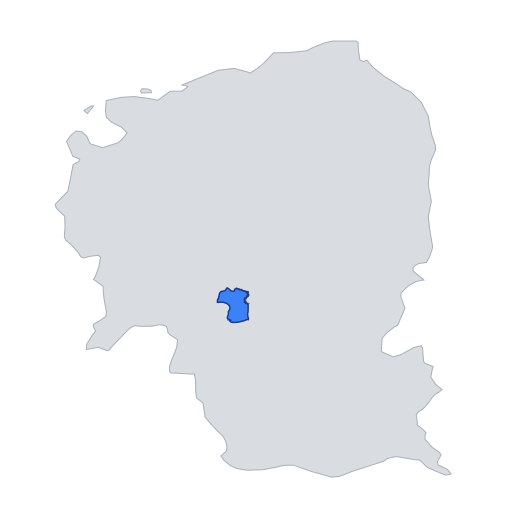 location of Stueng Trang, Kâmpóng Cham, Cambodia, rotated 92°
{"feature_id": "14789045B55361225706218", "entity_name": "Stueng Trang", "entity_type": "district", "adm_level": 2, "iso_a3": "KHM", "parent_name": "Cambodia", "parent_adm1": "Kâmpóng Cham", "projection": "robinson", "projection_center": [105.52, 12.333], "detail": "fine", "context": "in_parent", "style": "filled", "palette": "blue", "viewbox_px": 512, "rotation_deg": 92, "n_neighbors": 0, "source": "geoboundaries", "source_scale": "gbopen_adm2", "svg_char_len": 6974}
<svg xmlns="http://www.w3.org/2000/svg" viewBox="0 0 512 512"><g transform="rotate(92 256 256)"><path d="M467.0,53.5L468.3,58.7L464.9,68.5L461.2,77.5L454.3,85.2L453.9,91.0L451.6,108.1L452.5,113.5L454.1,118.2L456.4,120.7L462.5,137.4L468.0,152.6L473.4,165.1L474.3,173.0L469.4,193.1L463.7,211.5L464.2,220.6L466.7,229.8L469.4,242.1L470.4,257.7L469.0,267.9L466.4,274.3L461.4,280.8L457.0,284.1L451.8,278.6L447.6,278.3L442.0,280.0L437.6,282.5L428.7,292.1L418.8,301.3L405.0,303.7L399.7,310.6L394.0,311.5L383.1,311.9L376.0,313.5L376.3,317.0L375.8,333.3L375.9,337.1L374.8,338.2L369.9,338.7L361.6,336.2L350.3,332.1L342.3,331.5L338.2,338.6L335.7,341.4L332.7,341.8L329.5,343.1L328.4,346.2L328.1,350.2L329.7,357.0L330.3,367.8L329.9,375.2L332.8,379.9L350.0,395.5L355.1,399.5L355.7,401.8L352.7,410.3L355.4,422.3L350.0,422.1L341.0,416.9L336.7,413.8L331.5,416.3L329.7,415.8L326.1,409.9L321.5,403.9L316.8,403.5L306.7,405.9L296.5,407.5L292.6,407.5L291.0,408.6L285.0,417.6L282.5,416.0L272.2,412.6L262.7,411.3L260.8,413.6L261.9,420.9L264.0,428.1L262.8,431.1L257.6,434.8L250.8,441.6L246.6,446.9L243.6,448.2L233.2,447.9L222.8,448.6L218.7,453.6L214.8,457.4L211.4,458.5L197.8,446.2L170.9,441.9L167.9,436.5L165.3,435.5L162.8,442.5L148.0,449.3L141.8,445.2L137.3,440.2L138.0,434.2L142.3,429.3L149.6,425.7L153.1,413.3L147.5,397.4L142.6,392.8L137.4,389.1L132.0,395.0L127.3,405.2L122.6,410.4L115.8,411.5L105.9,411.1L102.1,396.0L100.9,383.1L102.3,368.3L103.8,359.5L94.3,347.4L93.8,335.9L89.2,330.0L87.8,333.0L88.0,336.3L86.7,333.9L71.7,300.2L69.3,284.5L71.9,272.5L73.4,268.4L69.1,262.1L63.0,254.9L52.3,245.5L51.6,230.5L49.2,212.9L46.0,207.0L41.1,196.1L38.5,187.1L37.7,163.4L39.0,161.5L46.6,160.8L56.4,159.1L58.0,155.2L56.3,152.1L62.5,146.7L71.5,134.9L78.5,122.6L83.5,114.8L86.5,107.1L96.6,96.2L110.5,88.6L119.9,86.9L129.7,84.3L139.1,80.6L143.6,80.3L155.3,84.7L161.6,85.9L168.2,85.8L175.1,86.3L181.1,85.8L195.4,82.7L210.6,85.2L224.1,83.2L240.9,79.7L249.1,81.9L256.6,85.5L257.7,92.7L259.4,96.0L261.9,98.6L265.2,98.6L269.5,93.5L273.1,88.3L274.2,87.4L274.4,89.9L276.2,95.5L279.4,101.1L282.6,104.8L288.0,109.7L291.5,109.9L303.0,105.3L320.2,112.0L322.2,115.4L327.8,122.2L333.8,127.1L347.2,127.4L352.0,115.4L349.7,108.0L342.0,95.2L339.9,87.7L342.4,86.3L355.3,84.9L357.4,83.4L360.3,75.1L363.8,76.0L371.0,77.1L378.5,71.4L383.0,65.5L385.5,68.2L388.2,72.4L391.1,74.8L396.6,78.4L402.6,83.4L406.3,88.4L409.3,90.3L417.0,88.9L419.1,89.1L423.5,83.1L426.7,79.9L429.3,80.8L433.2,80.7L441.2,73.1L445.8,66.0L448.3,64.1L455.5,67.6L458.4,66.9L462.5,57.3L467.0,53.5ZM97.1,376.1L95.6,377.0L94.2,376.9L92.8,375.6L92.9,370.1L94.0,366.8L96.4,366.2L97.1,376.1ZM119.5,429.5L116.5,433.2L111.7,425.6L111.7,423.5L119.5,429.5Z" fill="#d9dde1" stroke="#a8b0b8" stroke-width="1"/><path d="M294.0,290.9L294.5,291.0L295.3,291.3L297.1,291.5L298.3,291.9L299.2,291.9L299.4,291.9L299.8,292.1L300.1,292.2L300.1,292.4L300.4,292.6L300.7,292.7L301.1,292.8L301.3,292.9L301.7,293.0L302.0,292.8L302.8,292.9L303.1,293.0L303.3,293.1L303.6,293.0L303.7,292.2L303.7,291.7L303.5,290.6L303.3,289.3L303.3,288.8L303.4,288.3L303.4,287.5L303.5,286.7L303.9,285.3L304.0,284.9L304.0,284.7L304.3,283.9L304.7,283.1L305.3,282.3L306.1,281.4L306.8,280.9L307.6,280.4L309.5,280.3L310.4,280.5L311.5,281.0L312.1,281.4L312.6,281.7L312.8,281.6L315.4,281.6L316.8,282.1L317.3,282.3L318.7,282.5L318.7,282.4L319.6,282.1L319.9,281.7L320.2,281.6L320.7,281.6L320.7,281.0L320.5,280.6L320.4,280.5L320.4,280.3L320.5,280.2L320.7,279.9L320.9,280.1L321.0,279.8L321.4,279.8L321.4,279.7L321.5,279.6L321.5,279.4L321.7,279.2L321.8,279.3L321.9,279.1L322.0,279.1L321.9,279.1L322.0,279.2L322.0,279.3L322.1,279.2L322.1,279.3L322.2,279.2L322.3,279.3L322.4,279.1L322.6,278.9L322.8,278.9L322.9,278.7L323.2,277.0L323.2,276.3L323.1,274.6L323.0,273.4L322.6,270.8L322.0,268.7L321.0,265.3L320.7,264.6L320.3,264.0L320.1,263.5L319.7,262.2L319.7,261.8L319.8,261.5L319.3,261.4L318.3,261.4L318.1,261.5L317.7,261.8L317.4,262.0L316.9,262.0L316.2,262.0L315.3,262.3L314.7,262.4L312.3,262.1L311.6,262.0L311.1,262.0L310.0,262.1L308.2,262.0L307.3,262.1L305.8,262.1L304.4,262.3L304.3,262.2L304.3,262.4L304.3,262.5L304.2,262.5L304.1,262.8L303.9,262.8L304.0,263.0L303.9,263.0L303.7,263.2L303.6,263.3L303.5,263.5L303.4,263.6L303.4,263.4L303.2,263.6L303.3,263.7L303.3,263.8L303.2,263.8L303.1,264.0L302.9,264.0L302.9,263.9L302.8,264.0L303.0,264.3L302.9,264.3L302.8,264.6L302.7,264.6L302.9,264.8L302.7,264.8L302.4,264.9L302.7,265.1L302.6,265.3L302.4,265.2L302.3,265.3L302.4,265.7L302.1,265.6L302.1,265.4L302.0,265.6L301.8,265.7L301.7,265.6L301.7,265.8L301.6,265.6L301.4,265.9L301.2,265.8L300.9,265.8L300.7,265.9L300.7,265.7L300.6,265.8L300.7,266.0L300.4,266.1L300.2,266.2L299.9,266.1L299.4,266.0L299.3,265.9L299.3,265.6L299.7,265.6L299.2,265.2L299.1,264.9L299.0,265.0L298.9,265.0L298.6,264.9L298.4,265.0L298.4,265.5L298.2,265.4L298.2,265.2L298.3,265.0L298.3,264.7L298.5,264.5L298.4,264.4L298.2,264.4L298.0,264.2L297.9,264.0L297.6,264.2L297.7,264.5L297.4,264.1L297.2,264.1L297.2,263.9L297.3,263.9L297.2,263.8L297.1,263.7L296.9,263.5L296.7,263.7L296.6,263.8L296.4,263.7L296.4,263.4L296.3,263.2L296.6,263.2L296.3,263.0L296.2,263.0L296.3,262.8L296.2,262.7L296.0,262.8L296.0,262.6L295.8,262.5L295.9,262.4L296.0,262.4L295.9,262.3L295.6,262.2L295.5,262.3L295.7,262.6L295.4,262.4L295.4,262.2L295.6,262.1L295.3,262.0L295.2,262.2L295.2,262.4L295.1,262.5L295.0,262.2L294.8,262.2L294.7,262.3L295.0,262.5L294.7,262.6L294.4,262.4L294.3,262.5L293.8,262.6L293.7,262.7L293.4,262.7L293.4,262.8L293.5,262.9L293.5,263.0L293.3,263.0L293.2,263.2L293.2,263.3L293.1,263.2L292.9,263.2L292.7,263.1L292.7,262.9L292.6,262.7L292.5,262.8L292.4,262.8L292.3,262.7L292.0,262.7L292.0,263.0L291.9,263.2L291.9,263.3L292.0,263.3L292.0,263.2L292.2,263.3L292.2,263.6L292.3,263.7L292.1,263.8L292.1,264.0L292.2,264.3L292.3,264.5L292.2,264.5L291.9,265.0L291.7,265.0L291.7,265.3L291.5,265.5L291.4,265.8L291.3,266.1L291.5,266.2L291.5,266.4L291.4,266.6L291.5,266.7L291.3,266.9L291.2,267.1L291.3,267.3L291.2,267.3L291.2,267.7L291.0,267.8L290.9,268.1L290.7,268.5L290.8,268.6L290.8,268.8L290.7,268.9L290.7,269.0L290.6,269.3L290.5,269.2L290.4,269.2L290.4,269.3L290.4,269.2L290.3,269.3L290.2,269.4L290.1,269.5L290.0,269.8L290.1,270.0L290.3,270.1L290.3,270.3L290.2,270.3L290.2,270.5L290.1,270.4L290.1,270.5L290.0,271.0L289.9,271.4L289.8,271.5L289.7,271.6L289.8,271.7L289.7,272.0L289.8,272.2L289.5,272.3L289.5,272.7L289.4,272.8L289.4,273.0L289.3,273.3L289.3,273.6L289.2,273.6L289.2,274.1L288.9,274.3L289.0,274.7L289.1,274.8L289.5,275.2L289.7,275.7L289.8,275.9L289.9,276.0L290.2,276.1L290.7,276.2L290.9,276.3L291.4,276.2L291.6,276.3L291.8,276.6L291.9,276.8L292.0,278.4L291.7,279.6L291.7,280.0L290.3,281.2L289.9,281.9L289.5,282.6L289.0,283.3L288.9,283.4L288.9,283.6L289.1,283.9L289.5,284.4L290.1,284.6L291.2,285.2L291.3,285.4L291.8,285.9L291.9,286.2L292.0,286.3L292.0,286.9L292.1,287.2L292.3,287.7L292.5,288.0L292.6,288.5L292.5,288.9L292.5,289.1L292.6,289.3L292.7,289.6L292.8,289.8L293.1,290.1L293.5,290.2L294.0,290.9Z" fill="#3b82f6" stroke="#1e3a8a" stroke-width="1.5"/></g></svg>